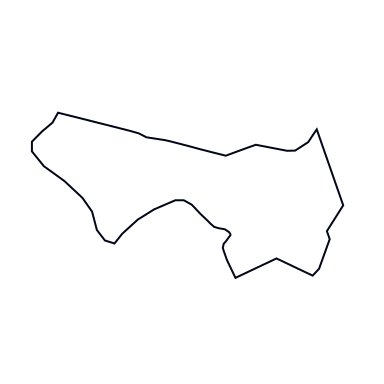 outline of Damso, Southern Darfur, Sudan, rotated 72°
{"feature_id": "16777658B98541328968966", "entity_name": "Damso", "entity_type": "district", "adm_level": 2, "iso_a3": "SDN", "parent_name": "Sudan", "parent_adm1": "Southern Darfur", "projection": "robinson", "projection_center": [24.528, 10.758], "detail": "fine", "context": "isolated", "style": "outline", "palette": "ink", "viewbox_px": 384, "rotation_deg": 72, "n_neighbors": 0, "source": "geoboundaries", "source_scale": "gbopen_adm2", "svg_char_len": 943}
<svg xmlns="http://www.w3.org/2000/svg" viewBox="0 0 384 384"><g transform="rotate(72 192 192)"><path d="M285.3,163.3L281.3,132.2L298.9,113.6L308.8,103.1L304.3,94.9L279.4,75.6L270.9,75.8L251.4,52.3L171.0,54.0L174.0,57.9L180.5,66.1L184.5,81.1L182.2,88.8L175.2,101.5L166.8,116.7L167.0,124.9L167.9,148.7L166.6,150.7L160.5,160.5L156.8,166.3L153.9,170.9L151.2,175.0L148.2,179.6L143.2,187.4L136.8,197.5L134.2,201.9L125.9,218.4L119.8,224.5L114.8,231.9L99.8,255.7L75.2,294.9L82.9,303.2L88.1,316.0L94.7,328.7L103.9,331.7L121.7,324.9L142.1,310.0L163.8,298.0L179.8,293.1L198.7,294.2L211.2,289.8L217.0,281.6L210.1,271.2L201.5,252.1L196.8,233.3L194.7,210.4L197.3,202.4L204.1,196.1L215.5,190.7L222.9,186.7L228.2,184.0L232.0,181.7L234.6,178.0L237.6,172.3L241.4,169.3L243.5,168.5L245.0,168.8L246.8,171.5L249.4,175.0L251.0,177.8L254.7,180.0L259.6,180.0L267.1,179.8L275.0,178.8L287.1,177.2L285.3,163.3Z" fill="none" stroke="#020617" stroke-width="2"/></g></svg>